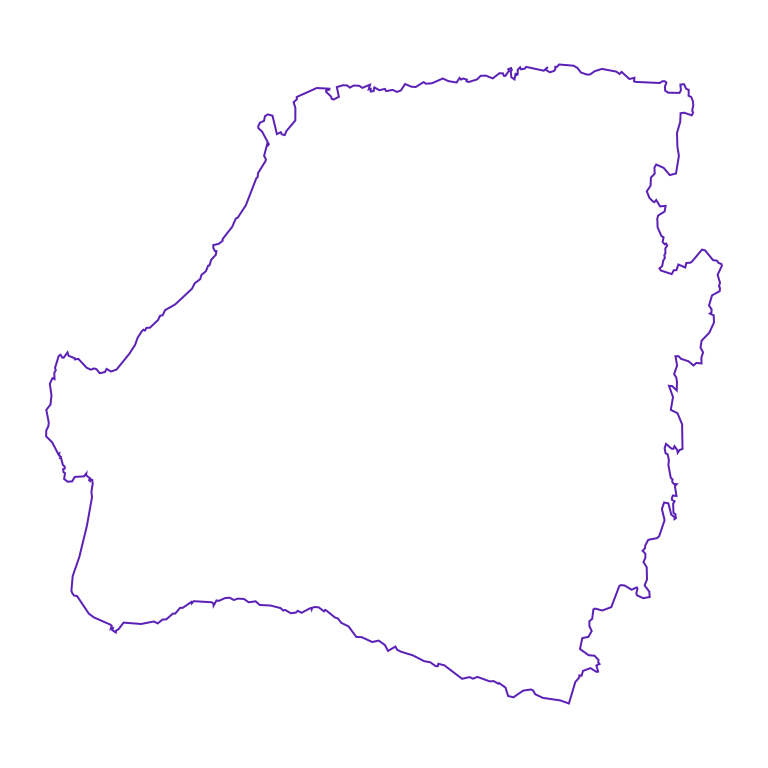 Bangkalan, Jawa Timur, Indonesia (Equal Earth projection)
{"feature_id": "22746128B23347682239441", "entity_name": "Bangkalan", "entity_type": "district", "adm_level": 2, "iso_a3": "IDN", "parent_name": "Indonesia", "parent_adm1": "Jawa Timur", "projection": "equal_earth", "projection_center": [112.943, -7.046], "detail": "fine", "context": "isolated", "style": "outline", "palette": "violet", "viewbox_px": 768, "rotation_deg": 0, "n_neighbors": 0, "source": "geoboundaries", "source_scale": "gbopen_adm2", "svg_char_len": 5955}
<svg xmlns="http://www.w3.org/2000/svg" viewBox="0 0 768 768"><path d="M688.7,89.8L686.2,88.9L684.0,84.2L680.4,84.6L680.9,90.4L679.5,92.9L668.2,92.7L665.2,90.7L664.9,86.5L666.4,82.8L665.2,81.4L662.5,81.2L659.6,83.0L635.9,81.9L634.0,81.3L634.4,77.8L629.4,79.0L621.6,71.9L619.5,74.0L616.3,71.6L601.9,68.9L594.7,71.2L590.2,74.4L587.0,74.6L580.9,72.5L577.4,67.9L573.6,65.7L559.1,64.5L557.0,66.9L555.3,66.8L555.3,69.4L554.1,70.9L549.8,72.3L546.3,70.1L545.9,68.9L547.9,67.0L543.8,70.7L526.2,66.9L524.6,68.7L521.0,69.3L520.1,67.3L517.7,69.8L517.7,74.5L516.2,75.2L515.7,73.0L514.5,79.4L511.3,77.2L510.8,71.6L511.8,69.9L511.1,68.1L508.3,69.2L509.2,70.4L505.4,75.9L503.8,75.8L503.0,73.4L499.5,73.2L492.7,78.4L485.8,75.6L480.7,75.8L476.9,79.5L468.6,82.0L466.4,81.1L466.8,79.6L463.2,78.5L461.1,79.6L459.6,77.9L456.6,82.5L448.3,81.1L442.8,78.5L431.8,83.3L425.9,83.7L423.7,82.1L415.7,87.0L411.3,86.7L405.1,84.0L400.9,90.4L396.9,91.9L392.7,89.9L386.1,91.1L384.9,88.9L379.3,90.2L374.4,87.4L373.6,91.1L370.7,91.5L370.7,88.8L368.7,89.4L370.0,84.7L362.3,87.9L359.3,85.8L353.8,85.5L349.8,87.6L347.3,85.5L343.3,85.2L336.8,87.1L338.9,96.8L333.6,99.5L331.7,98.8L331.0,96.5L326.0,91.7L326.2,90.4L329.4,89.7L329.4,88.7L316.8,88.0L296.7,97.0L296.9,99.3L293.6,102.2L295.4,108.0L295.3,120.5L286.5,130.9L284.7,135.1L281.7,134.3L280.8,132.2L276.9,134.1L272.5,115.7L267.8,114.4L265.0,116.2L264.0,120.9L259.9,122.7L258.2,126.3L258.4,128.2L262.1,131.6L268.8,144.2L267.9,145.4L267.1,144.3L264.1,155.9L265.9,159.2L265.6,160.9L258.0,173.2L257.7,177.0L256.3,178.3L245.9,205.2L237.8,217.6L235.8,218.5L232.2,226.8L222.6,239.1L222.6,240.8L218.8,243.8L213.3,245.1L213.3,248.0L214.9,251.0L216.4,251.1L215.8,254.8L211.2,259.8L209.5,265.3L208.2,265.6L205.9,271.2L201.4,275.0L200.2,279.1L194.7,283.3L192.0,288.7L175.2,304.4L165.1,310.1L162.6,315.3L160.1,315.7L158.0,320.1L149.9,327.7L146.4,327.9L145.0,330.5L143.5,329.7L141.8,331.2L137.5,338.0L135.0,345.1L129.3,353.8L116.5,369.6L111.0,371.5L106.6,368.9L104.9,372.1L99.7,373.2L96.5,369.2L94.0,368.4L90.9,369.7L86.6,367.7L78.4,358.9L75.0,359.4L74.9,358.3L68.6,355.8L67.5,352.4L63.6,357.7L62.2,357.6L60.6,354.8L58.7,356.0L55.0,368.0L55.8,370.3L54.3,372.6L54.5,379.1L52.5,378.1L49.8,383.8L51.5,395.4L50.5,404.5L46.3,409.9L48.8,422.7L48.3,426.5L46.3,430.3L46.1,436.3L52.2,442.4L58.3,454.1L59.3,453.4L59.1,455.5L60.9,456.9L60.1,458.1L61.2,458.5L62.8,464.8L64.8,466.8L64.7,468.5L63.1,469.2L63.5,472.1L65.0,473.2L64.1,478.9L67.6,481.7L72.1,481.4L74.8,476.9L83.9,476.4L86.3,473.4L86.1,475.3L89.9,478.2L89.1,480.2L90.0,481.1L91.0,479.3L92.2,479.9L92.7,483.8L91.4,491.8L92.0,497.3L86.9,525.8L79.3,557.0L72.7,576.1L71.4,590.8L72.2,593.0L74.1,595.6L77.0,596.0L88.8,613.6L93.9,617.4L110.3,624.6L111.8,625.9L110.7,629.0L112.9,628.2L112.3,630.1L115.8,632.5L116.1,630.6L118.5,629.3L123.6,622.6L141.0,624.0L153.9,621.5L157.7,623.4L162.5,619.6L166.4,619.3L172.8,613.6L175.2,613.6L180.1,607.8L182.6,607.9L191.3,602.0L191.7,603.4L193.6,601.2L211.3,602.2L213.4,603.3L213.6,605.6L216.5,600.4L218.8,600.9L225.0,598.1L229.7,597.7L233.8,600.0L238.1,598.6L244.0,599.0L248.7,602.3L255.6,601.3L259.8,605.0L270.4,605.5L280.6,608.1L283.1,610.5L285.3,610.0L290.7,613.2L295.8,612.6L297.8,610.8L301.5,612.8L310.0,608.3L311.1,608.0L311.6,609.4L312.0,607.9L314.7,607.0L318.8,607.4L324.0,611.4L325.2,609.9L326.7,610.8L335.0,617.5L338.0,618.5L341.2,622.8L348.5,626.4L356.3,636.9L361.8,637.2L372.2,642.0L378.7,640.6L384.9,645.0L388.0,650.9L395.4,646.6L397.1,649.7L401.2,651.8L412.7,655.3L424.2,661.2L430.1,662.2L435.7,666.1L437.8,666.2L438.3,663.8L444.3,665.3L462.1,678.8L469.6,677.1L473.0,678.7L477.4,676.9L489.8,681.4L493.7,681.1L498.4,683.7L499.1,683.0L505.5,687.6L508.1,696.0L513.4,697.3L523.2,690.6L531.0,689.5L533.1,690.5L535.3,694.3L542.9,697.9L560.3,700.4L568.9,703.5L575.3,682.0L579.2,677.6L579.4,675.3L581.6,675.7L583.0,670.9L590.4,668.1L596.6,671.9L598.1,671.6L596.4,665.5L599.5,664.0L598.2,662.4L598.5,660.0L594.5,655.7L588.6,655.2L580.0,649.0L582.3,638.1L588.4,636.9L591.7,631.0L589.4,626.2L589.4,621.2L592.2,618.8L593.4,609.4L595.2,608.6L602.3,610.5L611.3,607.1L619.3,586.0L621.0,585.1L624.6,585.5L631.6,589.7L636.8,587.4L637.5,588.5L636.3,593.3L637.1,595.4L643.3,598.2L649.7,597.0L649.3,591.6L644.6,585.5L647.0,579.4L646.7,567.2L643.5,562.1L645.4,557.6L645.4,553.8L642.6,550.8L644.9,548.4L645.4,545.1L648.3,539.8L657.2,538.1L659.2,536.1L664.6,520.2L661.9,509.1L664.1,502.5L668.4,503.4L671.2,514.5L674.5,517.2L674.5,519.1L675.9,518.2L675.4,514.2L673.5,512.9L673.1,503.7L674.6,501.3L672.1,500.0L671.8,498.4L672.9,495.5L676.5,496.0L674.9,486.1L676.7,484.2L673.9,484.0L672.2,481.8L672.5,479.3L670.8,478.0L668.4,465.1L668.9,460.0L667.6,454.3L665.6,453.3L664.6,448.2L666.0,443.9L671.6,448.7L673.4,448.8L674.5,446.2L677.1,449.8L677.7,452.8L679.7,449.9L682.5,449.0L682.1,424.3L677.5,413.2L670.8,409.9L673.0,397.1L669.0,385.8L672.2,386.1L676.7,390.4L677.0,381.8L676.2,377.3L674.1,374.1L677.1,365.5L675.5,356.2L678.7,356.3L681.0,358.8L688.6,361.3L693.5,365.5L696.4,362.9L701.5,363.5L701.4,357.4L703.1,352.4L700.5,347.6L701.6,340.7L709.3,332.7L714.0,322.4L713.7,315.3L709.9,313.6L711.4,312.5L711.6,309.3L709.0,305.6L712.0,295.4L719.7,291.1L720.0,288.1L719.0,286.3L720.0,282.8L717.6,274.8L721.9,265.8L721.4,264.0L718.6,263.0L717.0,260.7L713.0,260.1L705.1,250.4L702.0,249.6L692.4,261.1L690.5,262.7L686.3,263.0L685.2,267.5L678.4,264.5L676.4,270.2L673.8,270.2L671.7,274.1L660.9,270.5L659.4,268.4L662.2,266.1L663.2,260.6L664.9,257.9L664.3,255.2L665.4,253.4L665.3,248.4L667.2,245.7L666.2,243.6L664.7,244.3L662.6,241.9L663.6,237.3L661.4,236.0L657.6,227.3L657.3,218.6L658.2,215.5L664.6,211.5L665.6,205.9L660.1,206.4L656.2,200.0L654.4,202.2L652.7,201.3L649.4,197.8L646.8,191.3L650.6,185.7L650.9,177.6L654.7,173.6L654.4,167.6L656.2,164.5L663.7,167.9L669.8,175.1L676.0,173.5L678.9,155.8L677.4,146.7L677.0,132.9L680.2,121.9L680.6,113.2L684.0,112.7L691.8,115.3L693.1,112.5L692.2,110.7L693.3,105.0L692.8,100.8L691.1,96.9L688.6,95.8L688.7,89.8Z" fill="none" stroke="#5b21b6" stroke-width="2"/></svg>